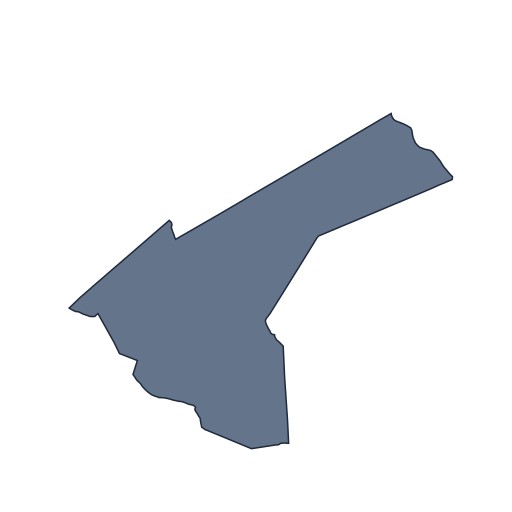 outline of Santa Quitéria do Maranhão, Maranhão, Brazil, rotated 291°
{"feature_id": "56859067B9226579866055", "entity_name": "Santa Quitéria do Maranhão", "entity_type": "district", "adm_level": 2, "iso_a3": "BRA", "parent_name": "Brazil", "parent_adm1": "Maranhão", "projection": "equal_earth", "projection_center": [-42.899, -3.344], "detail": "fine", "context": "isolated", "style": "filled", "palette": "slate", "viewbox_px": 512, "rotation_deg": 291, "n_neighbors": 0, "source": "geoboundaries", "source_scale": "gbopen_adm2", "svg_char_len": 1916}
<svg xmlns="http://www.w3.org/2000/svg" viewBox="0 0 512 512"><g transform="rotate(291 256 256)"><path d="M181.6,313.7L183.5,309.5L184.5,307.1L185.1,305.2L187.2,302.6L189.2,301.5L188.7,299.5L189.4,297.3L190.7,296.1L192.6,293.7L194.6,291.5L196.4,289.7L198.2,288.3L199.9,287.8L201.6,288.1L207.1,289.7L240.2,296.1L255.5,299.0L260.0,299.9L294.6,306.4L297.1,307.2L298.5,308.7L315.0,325.9L322.4,333.7L349.4,361.8L351.5,364.0L353.8,366.4L362.4,375.4L383.4,397.1L386.9,400.5L397.7,411.8L400.5,411.0L402.3,407.0L406.3,399.8L407.8,397.6L410.9,393.5L414.5,387.4L416.5,383.9L417.1,380.7L416.2,375.1L416.2,369.8L417.3,366.9L418.6,364.4L422.2,360.8L424.4,359.2L429.1,356.5L431.1,354.4L431.9,349.6L432.2,346.0L432.2,337.9L432.9,335.4L435.3,332.5L437.5,331.1L433.4,327.8L427.6,323.0L419.2,316.4L402.7,303.2L399.5,300.7L382.5,287.2L358.3,267.8L346.9,258.7L308.8,228.1L303.1,223.7L280.0,205.2L242.8,175.0L244.7,173.0L246.3,171.9L248.8,169.5L250.5,168.2L252.6,166.5L254.8,166.5L257.0,165.0L258.2,162.2L255.5,160.8L252.4,159.1L229.5,146.9L197.9,130.0L191.7,126.6L184.1,122.6L181.1,121.0L174.3,117.3L169.2,114.6L158.4,108.9L153.9,106.5L140.4,100.2L139.9,103.0L139.6,105.3L139.6,108.0L140.3,110.1L140.1,112.8L139.8,115.5L140.0,118.3L140.0,122.2L140.8,125.0L141.8,127.2L143.5,128.0L145.6,129.1L126.5,152.0L124.7,154.2L116.0,163.5L115.9,182.7L101.3,183.6L99.2,186.7L98.0,188.3L97.0,190.0L95.5,193.8L93.5,196.6L92.0,199.6L91.1,201.6L90.0,204.7L89.1,208.0L88.9,211.5L89.1,214.0L89.1,216.4L90.1,219.1L91.0,222.7L91.5,226.3L91.8,230.2L92.2,232.8L92.7,236.0L93.5,239.3L93.6,243.0L93.5,246.1L93.8,248.2L94.2,251.3L93.1,253.8L91.0,253.8L89.6,255.0L87.8,257.6L85.7,260.2L84.3,262.2L82.7,262.9L79.6,264.8L76.8,266.6L75.7,270.6L75.3,290.5L75.2,294.2L75.0,301.5L74.5,320.8L84.1,337.6L86.6,342.0L87.8,344.6L90.0,346.2L91.6,349.6L92.8,353.6L113.3,344.6L134.9,334.6L152.1,326.6L181.6,313.7Z" fill="#64748b" stroke="#1e293b" stroke-width="1.5"/></g></svg>